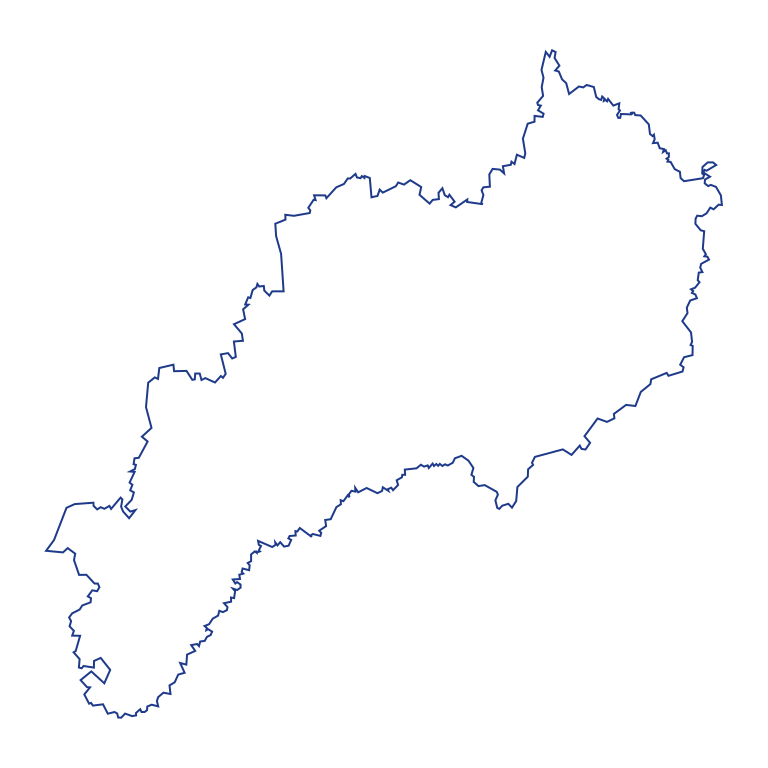 Thabo Mofutsanyane, Free State, South Africa (orthographic projection)
{"feature_id": "47623444B5552574832417", "entity_name": "Thabo Mofutsanyane", "entity_type": "district", "adm_level": 2, "iso_a3": "ZAF", "parent_name": "South Africa", "parent_adm1": "Free State", "projection": "orthographic", "projection_center": [28.545, -28.29], "detail": "fine", "context": "isolated", "style": "outline", "palette": "blue", "viewbox_px": 768, "rotation_deg": 0, "n_neighbors": 0, "source": "geoboundaries", "source_scale": "gbopen_adm2", "svg_char_len": 6055}
<svg xmlns="http://www.w3.org/2000/svg" viewBox="0 0 768 768"><path d="M716.2,165.0L713.0,162.4L707.7,162.4L702.5,167.0L702.2,173.4L704.1,175.1L703.0,178.2L684.0,181.2L680.6,178.1L679.9,171.8L674.7,169.1L670.6,161.9L667.5,161.6L668.3,159.8L666.6,158.7L668.8,157.1L668.9,153.3L666.9,153.3L665.7,150.2L663.1,152.0L663.9,149.1L659.7,148.2L657.7,142.7L653.0,143.1L654.7,139.2L653.9,134.7L652.6,136.1L650.0,134.0L648.8,124.4L640.7,115.5L635.2,115.1L634.2,112.7L632.1,112.6L631.2,112.8L631.9,113.9L631.3,114.4L621.0,114.0L620.2,117.9L618.3,117.9L617.0,114.9L620.0,110.5L618.6,109.3L619.3,103.3L613.3,105.6L608.1,98.9L607.1,101.3L604.8,99.2L604.8,100.4L603.9,100.9L604.4,98.6L602.2,96.5L601.2,99.9L598.9,99.2L596.2,96.9L593.8,87.0L586.6,85.0L583.3,87.4L578.9,86.5L569.1,94.0L566.2,83.1L562.1,79.4L558.8,71.5L555.2,70.5L559.4,65.7L554.6,58.0L555.6,52.0L552.1,50.3L549.6,56.8L545.8,51.9L541.5,69.9L543.5,77.7L541.7,87.2L543.1,95.9L537.3,102.7L538.0,105.0L540.8,105.6L538.0,110.3L543.6,113.7L542.7,116.9L534.6,115.9L534.5,121.7L527.7,123.7L522.9,138.7L525.3,153.4L524.2,157.9L516.9,154.7L514.5,164.0L511.5,161.7L510.8,164.8L502.9,166.2L504.1,173.4L499.9,169.6L492.6,168.9L489.3,174.4L489.9,186.7L483.4,187.3L481.6,190.3L483.4,195.0L481.2,203.1L482.8,204.2L467.2,202.0L467.3,199.5L455.8,207.4L450.6,205.1L454.6,201.7L449.4,194.7L448.0,197.2L444.8,195.2L442.4,188.2L438.5,192.8L438.9,199.1L432.7,199.9L429.6,203.6L419.5,194.8L421.2,187.0L410.3,180.2L404.0,184.6L398.2,182.5L395.9,186.2L382.8,192.6L379.7,189.6L377.5,195.9L371.5,197.3L369.8,178.0L364.6,176.0L364.4,178.0L361.8,176.1L360.5,178.2L356.9,177.4L355.5,173.9L350.2,178.5L347.8,178.4L343.9,184.0L336.3,187.3L326.4,198.2L325.3,195.4L314.1,195.3L315.6,200.1L313.6,199.8L308.3,207.8L310.3,210.4L309.7,213.0L294.0,215.8L285.3,214.8L285.5,219.6L275.3,223.7L276.1,236.1L281.1,253.9L283.6,291.3L272.2,291.3L269.4,295.6L264.3,290.6L263.8,286.0L259.2,286.5L257.4,283.9L256.4,287.4L252.7,290.0L250.4,298.0L248.2,297.3L245.2,304.4L248.4,304.7L243.1,309.3L245.1,319.1L234.0,324.2L241.9,333.6L242.9,340.8L233.9,341.5L235.8,356.9L232.2,358.5L228.0,353.1L220.8,354.4L225.7,373.8L223.0,377.8L220.9,376.0L215.0,382.5L205.3,378.1L201.5,380.0L199.7,373.5L195.2,373.5L194.8,379.4L192.3,379.8L186.5,370.9L174.1,371.2L173.4,364.7L159.3,368.0L158.0,378.9L154.8,377.4L148.2,382.7L146.0,407.1L151.5,427.9L141.9,436.7L147.6,441.5L138.8,457.8L134.5,458.3L133.6,464.2L135.9,464.8L134.9,469.1L130.1,471.5L134.6,471.9L129.6,482.6L132.4,484.8L130.2,490.3L133.9,492.4L131.7,499.8L125.3,506.5L130.3,511.6L135.4,510.1L129.1,518.2L123.1,511.5L121.1,506.6L122.4,499.4L120.6,497.6L111.1,508.9L109.4,505.9L104.4,508.8L100.7,507.2L97.2,509.4L93.6,505.9L93.4,502.7L74.7,504.1L66.5,507.8L54.0,540.1L46.1,550.8L63.0,552.4L67.7,548.1L75.2,553.7L74.0,560.1L79.1,574.9L86.4,574.8L94.5,583.5L97.9,583.6L99.4,587.3L97.1,591.2L92.3,590.3L87.8,596.4L91.0,598.2L90.6,602.3L82.2,605.5L79.7,609.5L72.1,613.4L69.1,617.5L71.1,621.1L69.6,626.3L73.9,630.9L72.2,635.6L80.1,635.8L75.7,651.0L73.6,652.3L79.6,659.1L78.9,667.5L81.6,668.3L83.6,666.0L93.9,667.6L94.0,661.0L100.7,657.9L110.2,669.9L104.3,683.3L91.3,671.4L80.6,680.1L87.0,687.1L90.0,687.4L84.3,694.4L89.1,703.7L91.1,702.9L92.9,705.6L103.0,704.3L107.8,713.7L114.5,712.0L117.2,713.5L118.2,717.5L121.2,717.7L125.1,713.6L132.1,716.1L136.1,715.4L136.0,713.0L140.2,709.2L141.5,712.0L144.6,712.0L147.0,710.2L147.3,706.5L151.7,704.7L158.2,706.4L156.9,701.0L158.2,697.1L163.4,692.7L170.5,694.0L169.5,685.4L174.7,682.3L178.2,674.6L184.6,672.8L180.2,663.0L186.3,664.6L187.1,654.6L195.2,650.9L191.2,645.1L197.1,644.0L199.0,646.1L200.2,641.5L204.7,640.9L207.0,636.8L210.6,635.1L212.1,631.6L208.1,629.2L206.3,630.2L206.8,627.9L204.6,626.0L209.1,624.2L212.8,618.6L218.1,615.6L219.3,610.8L222.9,612.1L226.9,610.2L227.5,607.1L224.0,603.2L231.1,601.7L231.0,597.5L234.1,598.1L235.1,591.2L232.9,588.6L237.2,590.0L240.6,587.6L240.5,584.5L237.0,582.1L235.3,583.5L232.8,579.5L240.0,579.0L239.3,574.7L243.3,573.6L241.7,571.9L242.6,568.5L249.1,570.2L249.7,565.4L247.7,563.0L251.1,561.2L251.1,554.4L254.8,551.4L256.3,552.5L255.8,550.8L256.8,552.4L259.9,551.4L258.8,550.4L261.0,546.0L258.8,544.8L258.1,540.9L272.2,547.0L275.6,544.8L275.3,542.4L277.5,545.4L280.2,542.2L284.1,546.6L288.6,545.7L291.2,539.9L288.4,538.4L289.6,536.0L295.7,535.5L295.4,531.1L297.3,531.5L299.8,528.0L311.7,536.9L310.9,535.3L312.8,534.0L320.4,535.9L321.2,532.9L319.2,530.7L326.1,526.1L325.2,520.0L330.7,519.2L336.4,507.1L340.9,504.3L340.7,500.2L343.4,501.2L347.8,495.2L349.4,497.3L348.9,494.3L351.5,490.8L355.4,491.6L355.2,487.8L358.2,492.3L366.6,488.0L377.5,493.2L382.1,490.9L382.8,487.3L388.3,490.8L387.6,489.3L391.3,487.7L393.0,490.2L398.1,485.0L396.7,480.3L401.9,477.3L402.3,474.8L405.1,474.8L404.8,469.6L416.6,468.3L420.9,464.7L424.0,466.6L427.7,465.4L428.8,468.0L432.6,463.6L434.0,466.0L436.3,464.0L438.2,465.8L439.8,463.9L442.4,466.0L445.0,464.3L447.8,465.5L452.8,462.7L454.9,458.3L461.6,455.8L468.5,460.7L473.4,468.0L471.4,474.8L474.0,476.9L473.7,481.9L478.5,486.1L484.7,485.1L496.7,491.8L497.9,494.6L495.4,500.3L497.2,507.8L499.3,508.9L502.2,505.7L508.3,503.8L512.0,507.6L516.2,501.0L517.4,487.0L527.8,476.7L528.1,469.3L533.1,464.9L532.0,462.8L534.9,456.9L562.8,449.4L571.5,454.9L579.8,445.6L581.5,448.9L585.5,449.5L590.1,442.8L584.5,436.2L597.6,418.5L607.0,421.9L614.4,418.3L613.9,413.9L626.1,404.9L635.4,406.0L640.8,391.9L650.4,384.1L651.2,379.3L666.7,372.9L668.5,375.8L682.5,371.5L683.6,367.3L680.2,364.7L684.1,357.2L692.5,355.1L692.7,345.9L690.6,345.0L692.1,341.8L691.0,332.4L682.3,321.2L687.5,313.1L686.8,307.7L690.2,300.5L696.9,298.2L695.4,294.5L691.9,292.9L693.2,291.0L691.0,289.3L695.1,287.7L699.5,282.2L697.7,280.2L698.8,272.6L702.4,272.1L700.2,267.6L701.2,263.8L709.0,259.6L707.4,256.7L704.4,256.3L705.9,254.3L702.8,248.8L704.2,231.2L700.7,230.3L695.4,223.8L695.6,218.7L697.2,215.7L701.8,216.2L706.5,213.4L710.3,207.6L713.6,209.3L718.6,204.7L721.9,205.0L720.9,195.4L716.0,186.9L710.8,184.9L708.2,186.1L704.7,183.3L705.0,179.5L710.0,176.7L703.4,172.5L704.6,169.9L706.6,170.7L716.2,165.0Z" fill="none" stroke="#1e3a8a" stroke-width="2"/></svg>